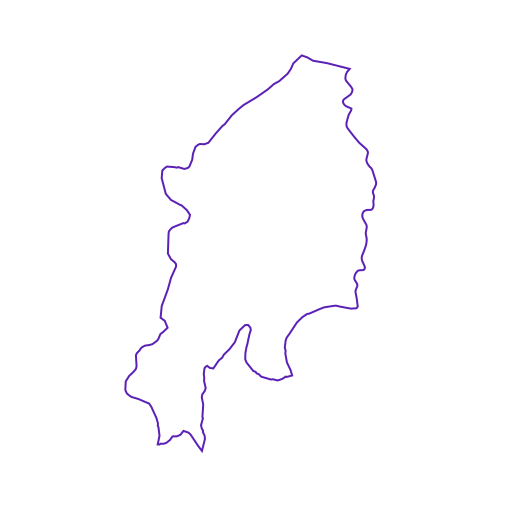 outline of Guastatoya, El Progreso, Guatemala, rotated 103°
{"feature_id": "79465075B25176741785216", "entity_name": "Guastatoya", "entity_type": "district", "adm_level": 2, "iso_a3": "GTM", "parent_name": "Guatemala", "parent_adm1": "El Progreso", "projection": "albers", "projection_center": [-90.061, 14.852], "detail": "fine", "context": "isolated", "style": "outline", "palette": "violet", "viewbox_px": 512, "rotation_deg": 103, "n_neighbors": 0, "source": "geoboundaries", "source_scale": "gbopen_adm2", "svg_char_len": 4160}
<svg xmlns="http://www.w3.org/2000/svg" viewBox="0 0 512 512"><g transform="rotate(103 256 256)"><path d="M364.3,193.9L359.2,196.8L352.8,201.9L344.4,205.5L341.7,205.8L338.9,207.3L331.6,208.1L328.5,207.7L324.3,205.9L311.6,201.2L305.2,197.1L300.9,193.1L300.4,191.5L296.3,185.9L294.0,182.9L290.7,178.1L287.4,169.8L286.4,167.0L286.4,162.4L285.9,151.5L284.3,146.3L282.3,145.5L275.3,148.1L268.4,151.1L267.2,151.2L266.0,151.1L264.3,150.8L262.7,150.5L261.5,150.7L260.2,151.4L258.5,153.0L257.8,153.8L257.1,154.4L256.1,155.1L254.6,155.4L252.8,155.4L251.5,155.2L249.9,154.8L247.4,153.4L246.4,151.4L246.0,149.5L245.6,148.4L244.8,147.5L244.0,147.3L242.6,147.3L241.1,148.2L238.9,149.9L237.0,151.3L235.9,152.0L235.1,152.3L233.6,152.7L232.5,152.7L231.4,152.7L230.2,152.5L226.8,151.9L225.2,151.7L223.1,151.5L221.2,151.3L219.0,151.3L216.3,151.6L214.8,151.9L213.6,152.3L211.8,153.1L209.5,154.1L208.7,154.3L205.8,154.4L202.8,154.6L201.7,155.0L200.6,155.6L198.4,157.6L196.0,159.8L195.0,160.5L194.1,161.1L192.0,161.7L190.7,161.7L189.8,161.5L188.9,161.3L187.8,160.6L187.1,159.8L186.3,158.5L185.9,157.4L185.6,156.0L185.4,154.8L185.0,154.1L184.3,153.4L182.7,152.8L181.4,152.8L180.3,152.8L179.2,153.1L178.2,153.4L177.2,153.7L176.4,154.0L175.2,154.1L173.6,154.1L172.4,154.2L171.4,154.4L170.3,154.9L169.5,155.4L168.7,156.0L167.5,156.5L166.4,156.7L165.3,156.5L163.9,156.1L162.7,155.7L161.2,155.5L160.0,155.2L159.1,155.2L157.9,155.3L156.8,155.7L147.4,161.2L145.3,162.6L144.6,163.4L144.0,164.2L143.5,165.3L142.5,166.4L141.5,167.6L140.2,168.8L138.3,169.9L137.1,170.2L135.6,170.2L134.1,170.2L131.9,170.1L130.8,170.1L129.7,170.3L128.9,170.7L128.3,171.3L127.3,172.2L126.8,173.0L122.5,180.8L119.1,185.4L115.8,189.6L111.6,194.7L110.9,195.5L110.2,196.2L109.4,196.8L108.1,197.3L107.1,197.6L105.6,197.8L103.1,197.7L100.2,197.6L97.2,197.4L95.8,196.9L94.3,196.5L93.3,196.2L92.3,196.0L90.9,196.2L90.5,198.1L90.0,201.1L89.4,202.9L88.3,204.5L87.1,205.5L86.1,206.0L85.2,206.1L84.2,205.9L83.0,205.1L80.9,203.2L79.0,201.6L77.8,200.5L77.0,200.0L76.2,199.7L75.3,199.5L74.2,199.3L73.0,199.3L71.9,199.5L71.2,200.0L69.7,201.5L68.0,203.7L65.9,206.4L65.2,207.3L64.5,208.0L63.7,208.5L62.8,208.9L60.3,209.2L58.6,209.2L57.3,208.9L56.2,208.7L54.6,207.8L53.4,207.2L52.6,206.8L52.6,207.9L52.1,230.1L52.9,244.4L50.9,250.8L50.3,256.6L60.0,263.0L65.9,264.1L71.3,266.2L80.5,272.8L84.5,277.3L90.8,281.8L101.2,291.2L111.7,302.1L116.5,305.8L124.3,311.2L135.0,316.3L136.7,317.9L145.3,322.6L156.4,327.9L158.7,331.4L159.5,335.9L160.7,337.5L163.3,339.5L170.6,340.4L176.5,339.8L183.8,341.0L185.6,342.3L187.3,345.4L186.9,351.9L187.7,352.9L187.8,355.8L188.9,362.9L190.9,364.7L193.7,366.5L201.4,365.4L215.7,357.9L220.5,351.5L223.4,340.9L223.3,340.1L226.8,333.8L230.7,329.6L233.9,329.5L237.9,330.4L240.3,332.8L240.3,334.2L245.3,341.4L247.2,344.0L249.0,345.2L251.7,346.4L254.0,346.2L273.4,342.4L278.2,338.2L280.4,333.8L281.9,332.1L284.3,331.5L296.5,333.9L308.5,334.4L325.8,336.6L337.6,335.1L339.7,330.3L345.8,326.0L351.1,329.5L353.6,331.6L359.0,332.5L361.0,333.5L365.2,337.1L366.6,339.6L368.3,344.0L370.5,346.5L372.0,347.5L374.2,348.2L377.4,350.2L379.7,350.7L390.2,347.6L393.0,347.6L396.1,349.1L401.4,352.6L407.5,354.7L415.9,353.2L418.9,351.0L419.8,349.4L421.3,345.9L421.8,338.5L423.5,329.0L423.8,326.9L427.0,323.6L428.2,322.8L436.2,316.6L441.3,313.8L443.6,313.5L444.6,312.6L452.8,309.6L461.7,309.4L461.4,307.7L460.3,306.6L459.8,303.9L458.2,301.3L454.6,298.4L450.9,296.9L450.2,296.1L450.1,294.7L449.5,292.5L447.2,289.4L442.7,287.3L443.3,282.0L444.7,279.6L454.1,269.6L458.1,264.8L445.7,264.6L442.6,265.7L439.4,268.2L438.0,268.3L436.5,269.9L433.3,271.5L426.1,271.2L424.9,272.0L412.7,274.0L405.7,277.1L403.0,277.2L399.1,275.6L396.0,275.3L389.5,278.5L385.6,279.2L383.1,280.3L377.2,280.9L375.5,280.4L374.0,278.8L375.4,276.0L375.2,272.3L366.2,268.8L362.7,266.1L359.3,265.1L353.0,261.0L344.7,257.2L332.3,255.4L325.8,251.1L325.0,248.1L327.2,245.3L329.3,244.4L334.3,244.8L344.5,244.6L346.7,244.8L352.7,244.5L359.0,243.3L362.0,241.2L368.7,232.7L368.9,230.4L370.2,229.0L370.5,226.8L372.4,223.8L373.0,213.6L372.3,212.0L372.4,206.9L370.0,203.0L368.1,201.0L366.9,200.2L366.9,198.8L364.3,193.9Z" fill="none" stroke="#5b21b6" stroke-width="2"/></g></svg>